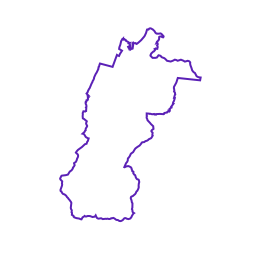 the district of Cotofanesti, Bacau, Romania, rotated 337°
{"feature_id": "2599482B84293902870266", "entity_name": "Cotofanesti", "entity_type": "district", "adm_level": 2, "iso_a3": "ROU", "parent_name": "Romania", "parent_adm1": "Bacau", "projection": "natural_earth1", "projection_center": [26.959, 46.124], "detail": "fine", "context": "isolated", "style": "outline", "palette": "violet", "viewbox_px": 256, "rotation_deg": 337, "n_neighbors": 0, "source": "geoboundaries", "source_scale": "gbopen_adm2", "svg_char_len": 5757}
<svg xmlns="http://www.w3.org/2000/svg" viewBox="0 0 256 256"><g transform="rotate(337 128 128)"><path d="M112.1,189.4L113.9,187.8L114.9,186.5L115.0,185.7L116.1,183.6L117.2,182.2L117.4,181.5L117.6,180.0L117.5,179.6L116.3,178.6L116.0,177.6L115.9,176.1L116.1,175.3L116.1,174.1L115.5,173.3L115.2,171.7L115.9,170.6L115.7,170.1L115.1,169.5L115.3,169.0L115.2,167.8L115.4,167.2L115.4,166.8L115.5,166.3L115.2,165.1L113.8,163.5L113.2,163.1L111.3,162.7L109.5,162.8L109.3,162.6L112.5,159.6L114.2,158.7L115.3,157.5L115.7,156.5L116.1,155.9L116.9,155.7L118.9,154.4L120.2,153.1L121.0,152.7L123.3,152.2L126.0,150.2L126.9,149.7L129.3,149.1L131.8,148.7L134.3,147.4L134.9,146.8L135.8,146.8L137.4,147.3L138.9,146.9L140.5,147.1L141.9,146.9L142.6,146.5L145.2,146.4L146.0,146.0L147.7,144.7L147.8,144.6L147.6,144.0L148.8,142.0L148.7,141.5L148.4,140.9L148.3,139.9L149.1,139.3L151.1,138.8L151.9,136.2L150.6,133.2L150.3,132.0L149.0,128.5L149.2,127.4L149.1,125.9L149.8,124.6L150.1,124.4L150.0,124.0L150.9,121.9L152.8,122.9L153.3,123.4L153.8,123.4L155.6,124.8L157.6,125.3L157.9,125.7L157.8,126.0L159.0,126.6L159.3,126.2L162.9,127.5L166.2,129.2L166.7,129.1L166.9,128.6L167.5,128.4L170.0,129.0L170.5,128.5L171.5,128.5L171.8,128.7L172.0,128.1L172.7,128.8L173.1,128.6L172.9,128.1L173.1,128.1L173.5,127.6L173.2,127.5L173.4,126.8L175.1,126.2L176.1,126.2L176.4,125.6L176.2,125.2L179.2,123.5L178.8,123.2L179.1,122.8L179.6,122.0L180.5,121.4L181.7,120.1L182.8,118.7L182.1,118.3L184.4,115.5L184.6,115.5L185.0,113.8L184.8,113.1L184.9,112.8L184.7,112.3L185.2,111.8L185.8,109.7L185.8,109.2L186.4,108.1L190.2,105.1L193.4,101.4L213.0,112.3L214.6,109.9L212.7,108.8L211.4,107.2L211.1,103.5L210.2,102.2L209.6,100.1L209.9,97.3L210.0,94.6L210.3,93.1L210.9,91.9L210.5,90.6L209.3,89.5L206.3,89.1L205.2,87.6L203.4,85.8L200.0,85.5L199.0,84.3L197.8,83.4L195.6,83.6L193.3,83.5L190.2,81.4L189.5,79.5L188.8,78.0L186.6,75.9L186.4,74.8L185.7,73.8L184.5,73.0L182.1,74.4L180.5,74.1L178.0,73.0L177.0,70.5L177.2,70.2L177.1,69.8L178.5,68.5L181.2,67.5L181.8,67.6L183.5,66.7L183.6,66.4L183.4,65.7L184.7,65.6L185.7,66.6L185.9,66.6L186.2,66.0L186.8,65.4L187.2,64.3L187.1,64.1L187.0,63.3L188.2,62.4L188.3,60.6L187.6,60.7L188.4,59.9L190.2,59.3L190.9,58.6L191.1,58.6L191.4,58.3L192.0,56.9L192.4,56.3L193.4,56.3L194.4,56.8L194.9,57.6L195.3,57.7L195.7,58.3L195.9,58.3L196.6,57.5L195.7,54.8L195.0,53.7L192.3,52.9L192.0,52.6L191.1,52.2L190.5,51.1L190.2,49.0L189.6,47.7L189.4,47.1L187.9,45.2L187.3,44.9L186.6,44.8L186.1,44.9L185.6,45.3L185.3,45.4L184.6,44.9L184.0,44.8L181.8,47.5L179.4,49.7L178.4,50.3L174.4,52.3L170.8,53.5L168.8,54.0L168.1,53.2L168.1,52.8L166.9,52.5L166.4,51.7L166.3,51.4L166.0,51.4L165.6,51.9L165.1,52.1L165.0,53.1L165.2,53.4L165.1,53.7L163.3,56.7L162.8,56.7L162.5,56.4L160.6,56.8L160.6,56.2L160.3,55.7L159.8,54.2L159.8,53.3L160.4,53.3L160.5,53.6L160.4,54.1L161.1,53.4L161.4,53.3L161.6,53.9L161.4,54.4L161.5,54.7L161.7,54.8L161.9,54.7L162.4,53.4L161.8,53.3L162.3,52.3L162.4,51.6L162.2,51.5L162.5,51.0L162.7,50.5L162.9,50.4L161.7,50.0L162.1,49.5L161.9,49.1L160.2,46.9L160.3,46.5L160.1,46.4L160.1,45.8L159.6,45.4L159.3,44.6L159.1,44.6L159.0,44.8L158.7,44.8L158.9,44.0L158.5,44.6L158.1,44.2L158.3,43.8L157.8,44.0L157.6,43.9L157.1,44.3L155.6,45.4L153.5,48.3L151.6,50.3L150.7,51.8L152.7,54.5L149.6,56.6L147.9,58.2L147.0,57.4L146.4,56.4L137.7,65.7L127.4,57.7L126.5,58.6L125.4,60.1L124.7,60.4L124.5,61.0L124.0,61.4L123.8,62.1L123.4,62.4L120.7,64.8L119.7,65.4L118.2,66.7L116.5,68.3L116.1,69.1L115.1,70.1L113.6,71.2L112.9,72.1L112.1,72.6L108.2,76.4L107.3,76.9L105.4,78.5L104.8,79.3L103.3,80.1L104.2,82.5L103.8,82.3L103.7,82.5L103.5,82.4L103.4,82.5L103.9,83.1L103.8,83.4L104.0,83.6L103.7,83.8L103.7,84.0L103.4,83.9L103.0,84.2L103.0,84.4L102.7,84.9L102.7,85.2L101.9,86.1L102.0,86.3L101.7,86.5L101.3,86.3L100.9,86.3L100.9,86.5L101.1,86.6L100.9,86.7L100.6,86.5L100.3,87.0L99.7,87.1L99.4,87.3L99.4,87.7L99.1,87.7L98.9,88.0L98.9,88.5L98.6,88.8L98.5,89.5L98.6,90.3L98.6,90.5L98.4,91.3L98.1,92.1L97.4,92.6L97.6,92.9L96.1,95.9L95.7,95.7L95.0,96.1L93.5,95.2L92.1,96.6L91.8,97.7L90.9,99.3L90.2,101.5L91.1,102.6L92.7,105.7L91.3,107.2L91.1,107.8L91.2,110.2L90.6,110.8L88.9,112.0L88.3,113.0L88.2,113.5L87.3,113.8L86.7,114.5L84.0,115.5L84.7,116.0L85.1,116.6L85.3,117.4L85.6,119.7L85.9,120.2L87.0,121.7L87.7,122.2L87.3,122.7L85.8,124.4L85.1,124.7L83.7,126.3L82.0,126.1L78.2,127.5L73.4,128.6L71.5,129.5L70.4,130.3L71.4,132.6L71.4,133.4L71.2,134.2L70.7,135.0L69.0,136.5L68.0,137.8L66.6,138.9L64.7,139.2L64.5,139.5L64.4,141.3L63.3,142.2L61.8,143.0L61.4,143.7L60.5,144.3L59.5,144.9L57.3,145.4L54.5,147.4L52.3,147.1L48.5,146.0L48.1,146.0L46.9,147.0L46.2,147.6L45.7,148.2L45.7,149.0L46.6,151.4L45.5,153.3L45.4,154.1L44.7,155.3L42.1,158.1L41.6,158.7L41.4,159.6L41.4,159.9L41.9,160.4L42.0,162.1L42.5,163.4L43.6,164.3L44.6,166.1L44.9,167.9L45.4,168.9L45.6,170.1L46.0,171.2L46.6,173.8L46.6,174.8L44.1,179.2L43.9,180.4L44.1,181.5L44.0,182.1L43.1,183.5L43.3,184.1L43.1,184.7L42.4,186.0L43.5,187.5L43.3,188.4L43.6,188.8L43.6,189.2L45.3,190.8L47.7,192.3L48.7,193.4L49.5,193.9L51.3,192.5L53.3,192.2L53.7,192.0L54.0,192.5L54.7,193.1L56.7,193.3L58.6,194.2L60.6,196.1L62.7,196.6L63.0,196.5L64.1,195.8L64.1,197.3L64.4,198.9L64.8,199.4L65.4,199.9L68.0,200.6L69.2,202.0L71.9,202.8L72.5,203.2L73.6,203.4L75.0,204.4L75.5,204.6L76.6,204.7L77.3,204.5L77.7,204.8L79.3,205.0L80.2,206.0L81.2,207.8L81.6,208.2L82.5,208.6L82.9,209.0L83.7,210.2L84.8,210.8L85.7,210.9L87.2,210.7L89.0,209.8L89.7,209.7L90.7,210.1L91.4,211.0L92.6,211.9L93.1,212.1L94.8,212.2L96.4,211.3L97.3,210.4L99.4,208.9L100.3,208.7L99.6,207.6L99.5,207.1L99.5,206.6L100.0,205.2L99.9,204.2L100.9,203.0L102.7,199.0L102.5,198.1L103.0,195.8L103.0,194.1L103.2,193.5L103.8,192.7L104.3,192.5L105.9,192.5L108.8,191.6L109.8,190.9L110.9,189.8L112.1,189.4Z" fill="none" stroke="#5b21b6" stroke-width="2"/></g></svg>